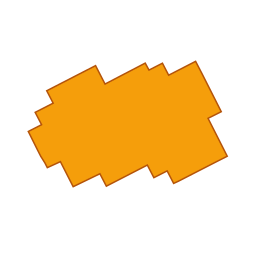 Crook, Oregon, United States of America, rotated 333°
{"feature_id": "52423323B85535624686222", "entity_name": "Crook", "entity_type": "district", "adm_level": 2, "iso_a3": "USA", "parent_name": "United States of America", "parent_adm1": "Oregon", "projection": "equal_earth", "projection_center": [-120.413, 44.131], "detail": "fine", "context": "isolated", "style": "filled", "palette": "amber", "viewbox_px": 256, "rotation_deg": 333, "n_neighbors": 0, "source": "geoboundaries", "source_scale": "gbopen_adm2", "svg_char_len": 517}
<svg xmlns="http://www.w3.org/2000/svg" viewBox="0 0 256 256"><g transform="rotate(333 128 128)"><path d="M218.5,99.3L188.2,99.4L188.1,85.9L173.0,85.9L172.8,78.0L127.5,78.4L127.4,57.7L72.5,57.9L72.6,71.9L52.4,71.9L52.5,85.8L37.6,85.8L37.4,106.6L37.4,113.6L38.1,121.3L38.1,126.7L52.5,127.3L52.5,155.4L82.2,156.0L82.3,170.0L128.4,169.8L128.5,184.0L143.4,184.0L143.5,198.1L148.6,198.3L188.6,198.2L203.6,198.2L203.7,155.7L218.5,155.8L218.6,113.3L218.5,99.3Z" fill="#f59e0b" stroke="#b45309" stroke-width="1.5"/></g></svg>